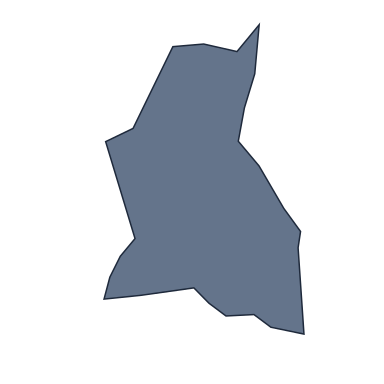 the border of Kole, rotated 352°
{"feature_id": "UGA-5605", "entity_name": "Kole", "entity_type": "District", "adm_level": 1, "iso_a3": "UGA", "parent_name": "Uganda", "parent_adm1": "", "projection": "natural_earth1", "projection_center": [32.715, 2.291], "detail": "fine", "context": "isolated", "style": "filled", "palette": "slate", "viewbox_px": 384, "rotation_deg": 352, "n_neighbors": 0, "source": "natural_earth", "source_scale": "10m", "svg_char_len": 463}
<svg xmlns="http://www.w3.org/2000/svg" viewBox="0 0 384 384"><g transform="rotate(352 192 192)"><path d="M256.1,59.2L281.8,35.7L270.6,83.7L255.6,116.0L244.9,148.2L262.0,175.5L280.6,221.0L294.0,246.2L289.3,262.0L283.1,348.3L251.3,336.9L236.3,322.0L208.4,319.5L193.4,304.6L180.5,287.2L126.9,287.2L90.0,285.8L98.8,264.9L112.0,245.7L129.1,230.2L113.5,130.1L142.5,120.8L193.3,45.4L224.2,47.1L256.1,59.2Z" fill="#64748b" stroke="#1e293b" stroke-width="1.5"/></g></svg>